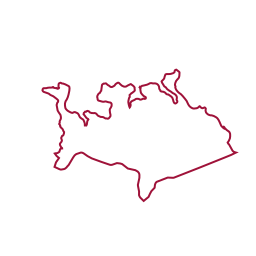 Lane Cove, New South Wales, Australia (Equal Earth projection), rotated 147°
{"feature_id": "25037944B47816389357030", "entity_name": "Lane Cove", "entity_type": "district", "adm_level": 2, "iso_a3": "AUS", "parent_name": "Australia", "parent_adm1": "New South Wales", "projection": "equal_earth", "projection_center": [151.169, -33.823], "detail": "fine", "context": "isolated", "style": "outline", "palette": "rose", "viewbox_px": 256, "rotation_deg": 147, "n_neighbors": 0, "source": "geoboundaries", "source_scale": "gbopen_adm2", "svg_char_len": 5883}
<svg xmlns="http://www.w3.org/2000/svg" viewBox="0 0 256 256"><g transform="rotate(147 128 128)"><path d="M50.8,48.6L51.5,49.4L52.1,50.2L52.5,51.1L52.7,52.0L52.2,59.2L52.5,60.4L52.3,61.6L51.3,61.9L50.0,62.6L48.2,63.8L46.9,65.3L46.0,66.7L45.5,67.6L45.3,68.5L45.2,69.4L45.4,70.3L46.3,72.5L46.9,75.3L46.8,76.0L47.0,77.0L47.3,77.6L47.4,75.2L47.6,75.1L48.1,76.4L48.5,78.3L48.6,79.2L47.9,83.4L47.7,85.2L47.7,86.4L47.8,87.7L48.3,89.1L49.5,91.3L50.9,93.0L51.9,93.7L52.8,94.7L53.5,95.8L53.9,97.1L54.1,98.5L53.7,99.8L53.5,100.3L52.2,101.9L52.2,102.6L52.4,103.3L52.7,103.6L54.1,103.8L55.0,104.2L55.6,105.2L56.0,107.2L56.2,107.3L57.7,107.0L58.7,107.0L59.4,107.1L60.3,107.5L62.1,108.4L62.8,109.0L63.4,109.8L64.0,111.0L64.5,112.6L64.6,113.8L64.6,115.0L64.1,118.8L64.3,121.4L64.7,124.9L65.2,127.5L65.9,129.2L66.4,130.8L66.7,132.8L66.7,134.3L66.5,135.4L66.1,136.5L65.6,136.9L65.5,137.1L65.3,138.2L64.9,138.9L63.8,140.0L62.1,141.2L60.0,141.9L58.8,142.1L57.7,142.7L56.6,143.7L54.7,146.3L54.5,146.7L54.6,147.5L55.0,148.6L55.7,150.6L56.3,150.8L57.3,150.8L57.6,150.6L58.5,149.6L59.3,149.4L60.3,149.4L62.7,150.1L64.6,151.1L66.0,152.1L67.3,152.5L67.9,152.2L69.3,151.1L70.6,149.9L71.5,149.5L74.2,148.9L74.5,148.7L74.7,147.8L74.8,146.9L74.8,144.9L74.9,143.7L74.8,143.0L74.1,141.3L74.1,140.1L73.9,139.0L73.3,137.4L72.1,134.9L71.5,133.0L70.8,131.9L70.2,130.5L70.0,129.7L69.9,129.0L70.0,128.0L70.2,127.3L70.8,126.4L71.8,125.3L71.9,124.9L72.0,123.7L72.3,123.2L72.8,122.8L74.1,122.6L74.7,122.7L75.0,122.8L75.4,123.4L75.6,124.1L75.4,125.5L74.8,127.2L74.4,129.0L74.4,129.7L74.6,130.8L75.9,134.1L76.8,134.8L77.2,135.5L77.4,136.0L77.5,137.2L78.1,138.4L78.6,139.1L80.1,140.4L80.6,141.1L80.6,141.4L80.4,141.9L80.5,143.1L80.4,143.6L80.2,144.3L79.6,145.4L79.3,146.6L79.3,147.8L79.6,148.9L79.9,149.5L80.8,150.5L81.6,151.1L82.7,151.7L83.7,152.7L84.8,153.4L85.3,153.6L86.9,153.7L88.6,154.0L92.3,155.3L93.2,155.7L95.1,155.6L95.4,156.1L95.8,155.9L95.4,155.4L95.6,155.1L96.1,155.3L96.1,155.0L95.7,154.9L95.7,154.6L96.4,154.1L97.4,152.0L98.0,150.4L97.9,148.6L97.6,147.0L97.4,146.2L96.4,144.3L96.6,143.5L97.1,143.1L98.0,143.2L99.2,144.3L101.1,144.6L102.1,145.0L102.7,145.6L103.1,146.5L104.1,147.3L105.1,147.9L105.9,148.1L107.2,148.0L109.7,148.4L110.9,148.4L112.1,147.8L112.7,147.4L113.1,146.1L113.7,145.3L114.8,144.5L115.4,144.3L115.3,145.1L114.7,147.0L113.8,149.2L113.1,150.3L110.9,152.5L109.6,153.1L109.2,153.9L108.7,154.8L107.4,155.0L106.4,155.3L105.0,155.2L103.7,155.4L102.9,155.4L102.0,155.7L101.6,156.2L101.0,157.5L100.7,157.9L100.4,158.4L100.4,159.0L100.6,160.3L101.1,161.7L101.7,163.2L102.0,163.4L105.2,163.8L106.8,163.8L107.9,164.2L108.8,164.9L109.5,165.9L110.0,166.7L110.6,168.7L111.0,170.6L111.3,171.1L111.5,171.3L112.2,171.6L114.0,171.6L114.7,171.5L116.2,170.9L116.7,170.9L118.7,171.0L119.8,171.5L120.3,172.1L120.9,173.9L121.5,175.0L122.2,177.4L122.6,177.7L123.5,178.0L124.2,178.5L125.8,178.5L126.4,178.2L129.1,175.1L129.6,174.5L130.2,173.8L130.9,173.7L132.3,172.8L133.6,172.8L134.5,172.6L136.1,171.7L136.6,171.2L137.0,170.7L137.3,169.7L137.9,168.5L138.0,167.9L137.9,167.2L136.7,165.8L135.2,164.1L134.6,163.6L134.0,163.2L132.7,162.7L132.0,162.2L130.5,160.4L128.9,158.9L128.7,158.5L128.6,158.1L128.6,157.3L129.0,156.5L129.8,155.4L130.9,154.7L132.9,153.7L133.5,153.1L134.7,150.8L135.5,148.6L135.9,148.0L136.3,147.5L138.0,146.8L139.2,146.6L139.9,146.8L140.6,147.6L141.5,148.1L141.9,148.7L142.8,150.5L143.5,151.2L144.8,152.1L146.4,154.5L146.6,155.4L146.8,157.2L147.3,158.1L147.8,158.7L148.6,159.1L150.4,160.4L151.5,161.8L151.7,163.2L152.5,164.3L153.2,164.6L154.3,164.5L154.7,164.9L155.1,165.1L156.1,164.7L156.8,164.7L157.8,163.7L157.6,162.7L157.4,159.3L157.1,158.3L156.6,157.4L156.6,156.7L157.5,156.4L158.5,155.8L160.5,153.5L161.6,152.8L162.8,153.6L161.7,155.5L161.2,157.6L161.0,159.2L161.2,160.0L161.8,161.1L162.4,163.0L162.4,164.0L162.1,165.8L162.1,167.1L162.3,167.9L162.9,168.9L163.9,170.3L164.8,170.7L166.3,170.9L166.7,171.2L167.6,172.3L168.4,173.7L169.3,175.6L169.7,177.7L169.7,178.5L169.4,179.4L168.6,181.2L167.5,182.9L165.8,184.4L163.8,185.3L161.8,186.6L159.7,188.4L157.0,191.1L155.5,193.0L155.2,193.6L154.8,194.5L154.9,195.4L156.8,198.7L158.3,200.7L159.1,201.2L159.5,202.1L160.1,202.8L161.5,203.0L162.0,202.8L162.7,202.1L163.8,200.5L164.0,200.1L163.9,199.3L164.1,199.1L165.0,199.0L165.6,199.2L166.0,199.6L166.1,200.4L166.8,200.7L167.6,201.4L168.4,202.3L168.4,203.0L168.8,203.3L169.5,203.2L172.3,204.9L173.5,205.5L174.6,205.8L177.3,207.4L178.3,207.1L179.2,206.2L179.3,205.6L179.3,205.1L179.0,204.2L176.2,200.6L175.6,199.6L175.1,198.0L173.5,195.5L173.0,194.3L173.0,194.2L172.1,191.7L171.6,190.0L171.6,189.2L171.8,188.7L172.5,188.0L173.4,187.8L175.2,186.3L175.5,185.8L176.1,184.3L177.5,181.0L177.6,178.8L177.5,175.8L178.0,174.4L178.8,172.9L179.6,172.1L181.3,171.1L181.7,170.8L182.3,169.7L183.5,168.9L183.3,168.5L183.5,167.2L183.7,166.5L183.9,166.5L184.1,165.4L183.9,164.5L183.5,163.1L183.6,161.6L183.9,160.4L183.8,159.4L184.6,158.4L186.0,157.3L186.4,157.1L187.7,157.2L189.5,156.0L190.1,153.8L190.4,153.3L191.3,152.7L193.4,152.0L193.9,151.6L194.3,150.6L194.5,148.9L194.6,148.5L194.2,147.1L194.4,146.7L195.5,147.3L196.5,147.1L198.6,145.4L200.7,145.4L202.3,146.0L202.6,146.3L203.3,146.5L203.1,143.4L202.2,140.4L207.1,138.4L210.8,135.4L208.0,130.9L207.3,130.0L206.4,129.4L204.0,128.4L203.0,128.2L201.1,128.4L200.0,128.8L197.9,129.3L190.0,133.2L187.7,134.1L185.6,134.3L181.0,133.1L180.0,132.4L179.1,131.1L177.2,126.4L174.9,122.2L168.8,114.1L163.2,107.0L162.4,106.3L161.3,105.8L156.4,104.6L153.9,102.5L152.6,101.0L152.4,100.5L150.2,94.1L144.8,88.6L143.6,86.2L143.4,85.1L143.4,84.1L143.6,83.3L144.0,82.4L145.6,80.0L150.0,75.6L150.7,74.9L151.2,73.9L153.3,68.7L155.3,65.7L155.6,64.2L155.6,63.0L154.6,58.3L148.3,59.0L145.5,60.8L142.8,62.3L138.2,63.4L136.4,65.6L135.7,66.2L134.4,67.0L133.2,67.2L121.7,64.8L117.2,61.6L116.4,61.3L89.6,55.8L63.7,50.7L56.4,49.3L50.8,48.6Z" fill="none" stroke="#9f1239" stroke-width="2"/></g></svg>